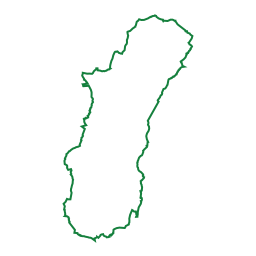 Dealu, Harghita, Romania
{"feature_id": "2599482B29353811741057", "entity_name": "Dealu", "entity_type": "district", "adm_level": 2, "iso_a3": "ROU", "parent_name": "Romania", "parent_adm1": "Harghita", "projection": "orthographic", "projection_center": [25.317, 46.415], "detail": "fine", "context": "isolated", "style": "outline", "palette": "green", "viewbox_px": 256, "rotation_deg": 0, "n_neighbors": 0, "source": "geoboundaries", "source_scale": "gbopen_adm2", "svg_char_len": 5652}
<svg xmlns="http://www.w3.org/2000/svg" viewBox="0 0 256 256"><path d="M80.7,235.9L82.8,236.2L84.1,236.2L85.1,236.6L88.4,237.3L89.0,237.6L90.4,237.7L91.5,238.1L94.9,240.6L94.5,238.4L96.6,237.5L97.1,237.1L97.1,236.8L98.4,237.8L100.2,235.8L100.6,234.9L101.8,234.4L103.1,234.2L103.2,234.7L104.2,236.0L106.3,236.7L106.7,237.3L108.6,237.1L109.1,236.9L108.7,236.7L108.9,236.4L109.4,236.4L109.7,235.4L110.6,235.1L110.5,234.7L111.6,234.3L111.8,234.9L113.4,233.0L113.1,232.5L113.4,231.9L113.5,229.8L114.2,229.2L116.7,228.1L119.5,227.6L124.7,228.0L125.0,227.8L125.8,226.0L128.8,224.5L128.8,223.4L129.3,222.6L129.4,220.4L129.3,218.6L130.1,214.9L132.1,210.0L132.8,210.4L132.8,210.6L133.1,210.9L133.5,211.1L134.2,211.6L135.8,211.5L136.2,213.3L136.3,214.3L136.5,214.5L136.8,215.5L136.7,216.0L136.5,216.3L136.2,216.5L136.1,216.8L137.4,216.7L137.4,215.7L137.7,214.9L137.8,212.0L138.7,207.4L140.8,203.8L141.2,202.0L140.8,201.0L141.6,200.6L141.9,199.7L141.8,198.2L140.6,198.0L140.5,197.4L140.9,197.2L140.8,195.7L141.1,193.5L140.5,191.3L141.2,191.4L141.5,190.2L141.8,190.2L142.1,187.1L141.7,185.9L141.6,184.8L140.9,183.5L141.0,183.1L140.7,181.1L141.4,180.7L141.5,180.3L142.2,180.0L142.7,179.3L143.8,178.2L144.1,177.2L143.3,176.8L142.8,176.0L142.9,175.3L143.2,175.1L143.0,174.7L143.1,174.4L141.1,172.2L139.3,171.1L138.3,169.7L138.0,167.6L137.4,166.9L137.3,165.7L137.5,164.3L137.2,162.9L137.6,162.4L137.7,162.0L137.6,161.3L138.1,160.5L138.4,159.5L139.1,157.6L140.7,155.9L141.8,155.4L142.2,154.9L143.3,151.9L143.1,150.7L143.6,150.3L144.1,149.6L146.9,147.0L146.6,145.8L147.3,145.7L147.6,142.1L148.1,142.0L146.9,139.3L146.3,136.3L146.4,135.5L147.0,133.4L148.6,130.8L149.2,128.7L149.0,126.5L148.1,125.0L148.0,124.6L148.4,123.5L148.4,122.2L147.8,120.8L158.6,101.6L158.0,101.1L157.7,100.3L159.9,97.4L160.7,95.4L161.6,94.9L161.9,94.4L162.2,93.6L162.0,92.9L162.1,92.3L163.5,89.0L164.9,88.6L165.4,88.3L166.5,86.6L167.1,85.2L167.5,84.9L168.4,80.0L168.8,79.2L170.2,78.7L170.6,78.3L171.1,78.3L171.5,77.8L171.9,77.9L172.9,76.9L173.2,76.9L173.3,76.6L173.9,76.7L174.3,76.4L174.5,75.9L174.9,75.8L176.0,74.6L176.4,74.5L176.4,73.9L176.9,73.7L177.1,72.5L177.6,72.2L177.7,71.4L178.2,71.1L178.5,70.2L179.0,70.1L179.3,69.6L179.3,69.3L179.9,69.1L180.4,68.0L180.8,67.7L182.4,66.8L182.9,66.9L184.2,66.7L183.2,66.2L182.6,65.8L182.3,65.4L182.1,64.1L181.4,62.8L181.5,62.5L181.0,62.3L180.7,61.5L183.6,59.4L185.5,57.4L186.2,55.4L186.7,54.7L186.4,54.3L186.3,53.8L186.5,53.4L187.9,53.1L187.9,52.6L188.3,52.6L189.1,50.8L189.9,50.4L190.3,49.5L190.4,48.9L190.8,48.8L190.8,48.3L192.0,46.5L191.4,45.5L190.8,45.2L190.3,44.7L189.5,44.4L189.1,43.4L188.6,42.8L189.1,42.4L191.7,38.5L192.4,36.0L190.4,34.6L189.7,33.5L187.4,32.7L187.1,31.4L187.0,31.2L186.0,31.5L185.5,31.3L185.4,30.4L178.0,24.7L177.3,24.0L176.1,22.1L175.3,21.4L175.4,20.7L174.2,20.6L173.8,20.2L172.6,19.7L170.5,19.7L167.6,21.0L163.8,20.7L163.3,21.2L162.7,20.1L162.8,19.7L160.8,19.3L158.4,18.3L157.5,17.5L156.6,17.0L156.1,15.9L154.9,15.4L154.3,15.9L152.8,16.0L151.1,16.9L151.0,16.7L149.9,17.2L148.0,18.4L144.1,19.9L141.4,20.0L139.1,19.3L138.1,20.8L137.6,21.0L136.7,21.9L135.9,25.2L135.3,26.3L135.3,26.7L134.9,26.8L134.2,27.5L132.8,28.4L130.2,30.9L127.7,31.7L127.4,32.0L127.7,34.0L128.2,35.8L127.9,36.4L127.9,37.1L127.5,38.6L126.9,40.0L127.0,42.5L126.8,43.5L126.6,44.1L126.0,44.6L125.1,46.2L124.6,50.2L122.6,52.1L122.1,53.7L121.4,53.5L121.2,53.6L120.5,53.5L119.5,53.0L118.9,52.9L117.5,51.4L117.1,51.4L116.4,51.8L115.3,51.7L114.8,52.1L114.5,52.6L113.3,55.3L112.5,58.6L111.4,60.9L110.5,64.2L110.2,65.7L110.0,68.2L110.4,68.5L109.7,68.8L109.5,69.2L109.1,69.2L108.9,69.5L107.5,69.7L106.7,70.5L106.0,70.8L105.1,70.9L104.6,71.2L104.2,71.2L103.4,71.0L102.1,71.3L100.1,70.6L97.7,70.3L97.5,68.3L96.3,68.3L96.2,69.2L94.3,70.8L93.7,71.5L92.9,73.1L92.1,73.8L89.3,73.6L87.2,73.7L82.8,72.8L82.8,73.6L82.2,75.4L82.6,76.5L84.1,78.8L84.2,79.1L84.0,79.7L85.1,80.2L85.7,80.8L86.4,82.2L86.8,82.2L87.7,83.7L82.8,84.3L83.4,85.2L83.1,85.6L83.1,85.9L83.3,86.2L88.8,85.8L90.9,89.9L91.4,91.6L91.6,92.5L91.6,94.1L91.5,96.9L91.8,97.5L92.7,98.4L92.9,98.9L92.9,99.6L92.5,100.2L92.5,100.6L92.5,101.2L92.9,101.7L93.0,102.1L91.9,103.6L91.6,104.7L91.8,105.1L91.8,105.4L91.5,106.0L91.3,107.4L90.5,107.9L90.5,108.5L90.2,108.7L90.3,109.2L89.9,109.7L90.0,110.3L89.5,110.7L89.9,111.7L90.3,112.1L90.3,112.4L89.7,113.0L89.6,113.3L89.0,113.5L88.9,114.0L89.1,114.5L88.2,115.6L87.6,115.8L87.7,116.4L88.2,116.7L88.2,117.4L85.8,118.5L85.6,118.2L85.4,118.5L85.0,118.7L84.3,118.5L83.8,118.9L84.3,120.2L84.2,121.0L84.4,122.3L85.1,123.7L86.2,125.2L81.8,126.5L84.8,128.9L82.7,134.5L82.6,135.3L83.0,135.9L82.2,137.2L81.5,137.7L81.5,138.6L81.2,139.3L81.0,140.0L81.5,140.4L79.7,144.6L80.0,145.8L78.2,146.7L76.1,147.2L74.9,147.9L73.1,148.5L71.2,149.8L69.7,151.2L69.0,151.3L68.2,152.5L67.1,153.7L66.4,154.1L66.4,155.6L64.9,158.4L65.3,159.0L64.6,160.3L64.4,161.1L64.6,161.7L64.6,162.9L64.8,164.2L65.6,164.5L67.1,165.5L67.2,166.7L67.0,167.1L67.2,167.5L67.2,168.2L68.2,169.9L71.0,169.1L71.3,169.9L71.0,170.0L71.4,170.5L71.4,170.8L70.7,171.8L70.9,172.8L71.3,173.9L70.7,174.5L72.2,176.4L72.4,177.2L72.6,178.7L73.1,179.8L72.8,180.6L72.6,183.5L71.9,185.6L71.4,187.9L71.1,188.6L70.9,190.7L71.6,192.8L70.4,199.3L68.0,199.3L67.0,198.9L65.6,201.8L63.6,203.8L64.8,206.2L64.1,209.6L64.7,209.8L64.8,211.8L65.2,213.3L65.1,214.6L65.5,215.2L65.4,215.5L64.8,216.1L67.3,216.4L68.5,217.3L68.5,217.6L68.8,218.0L68.7,218.4L68.7,218.8L69.0,219.0L68.8,219.9L69.0,220.1L69.2,221.2L69.3,221.3L69.3,221.5L69.5,221.6L69.4,222.1L69.6,222.1L69.6,222.4L69.3,222.5L69.4,222.8L74.9,229.9L74.4,232.8L77.5,233.1L77.7,234.0L78.0,234.3L78.7,234.7L79.3,234.7L80.2,235.1L79.9,235.5L80.7,235.9Z" fill="none" stroke="#15803d" stroke-width="2"/></svg>